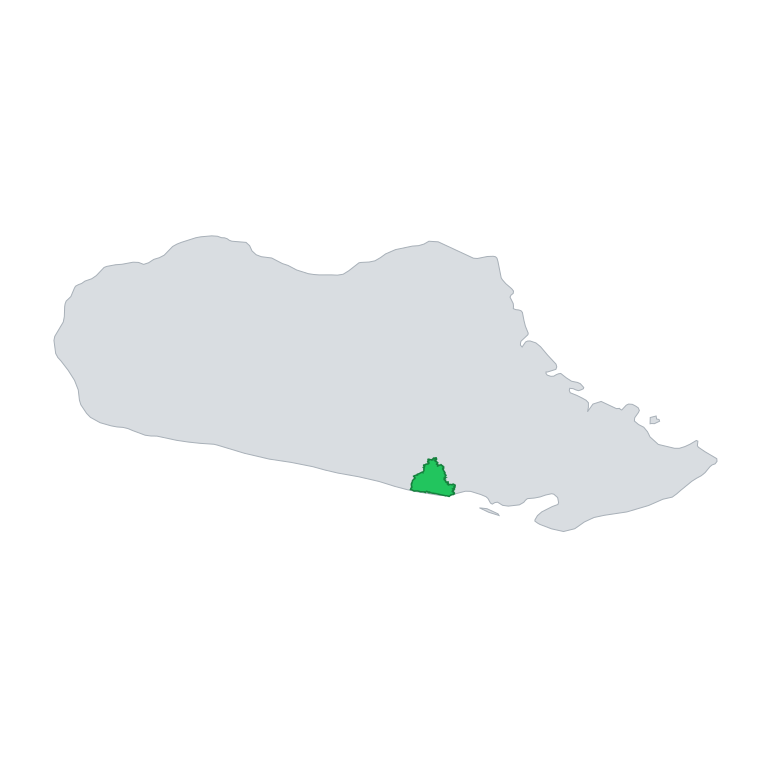 Toamasina II, Atsinanana, Madagascar shown in context, rotated 85°
{"feature_id": "10022922B55539380638871", "entity_name": "Toamasina II", "entity_type": "district", "adm_level": 2, "iso_a3": "MDG", "parent_name": "Madagascar", "parent_adm1": "Atsinanana", "projection": "albers", "projection_center": [49.14, -18.014], "detail": "fine", "context": "in_parent", "style": "filled", "palette": "green", "viewbox_px": 768, "rotation_deg": 85, "n_neighbors": 0, "source": "geoboundaries", "source_scale": "gbopen_adm2", "svg_char_len": 8639}
<svg xmlns="http://www.w3.org/2000/svg" viewBox="0 0 768 768"><g transform="rotate(85 384 384)"><path d="M503.0,75.9L505.2,81.0L507.7,85.8L515.6,97.4L518.9,101.9L521.8,106.7L523.1,116.2L528.1,131.0L532.6,153.2L534.0,176.0L535.3,186.5L538.9,196.4L544.8,206.6L546.6,218.0L542.9,229.7L537.6,240.7L536.2,242.8L533.8,245.6L532.6,245.5L528.5,242.6L525.1,237.9L520.7,226.9L519.2,221.3L517.4,220.4L512.3,220.9L508.6,224.4L507.9,226.5L508.7,232.7L510.1,238.3L510.7,244.0L510.7,251.1L512.1,253.2L514.1,255.1L516.2,259.7L516.5,270.8L515.2,276.4L511.6,281.2L511.8,283.9L513.1,286.6L511.9,288.3L507.1,290.4L505.2,292.2L502.6,297.1L498.5,307.1L497.9,312.2L500.5,327.7L499.7,338.8L494.4,359.8L491.4,369.8L487.1,381.8L480.6,397.6L474.2,417.3L468.7,437.7L464.7,449.9L460.2,462.0L454.0,483.3L448.8,504.9L441.0,528.7L430.4,555.2L429.2,558.7L427.1,572.2L424.8,583.9L422.0,595.6L416.1,614.8L415.5,620.7L414.2,626.4L408.5,638.4L406.1,642.9L404.5,647.7L403.5,653.7L401.9,659.5L397.8,670.2L391.6,679.4L387.4,682.8L378.3,687.8L373.6,688.8L363.2,689.1L353.3,692.0L342.9,697.4L333.0,703.7L329.2,706.6L325.0,708.4L311.8,709.0L307.8,707.8L294.3,698.1L289.1,696.6L279.3,695.4L276.4,694.7L273.7,693.4L269.6,688.3L261.6,684.1L259.7,682.8L258.4,679.8L257.5,676.5L255.4,672.9L253.7,666.0L251.0,661.2L243.5,652.7L242.7,650.0L241.8,640.9L241.9,634.7L240.8,623.3L241.5,617.9L243.9,613.0L242.7,607.9L239.8,602.5L238.6,596.8L236.5,591.7L228.6,582.6L226.6,578.1L225.2,573.4L221.9,558.7L221.4,553.6L221.4,542.7L222.3,537.0L224.1,533.1L224.5,530.1L225.6,527.6L227.4,525.5L228.5,523.1L230.9,509.1L234.5,505.8L239.9,503.9L244.1,500.1L246.5,495.1L248.7,484.9L255.2,474.7L257.5,469.3L262.8,461.1L267.5,449.8L268.8,444.4L269.7,438.9L270.7,427.0L271.5,421.0L271.1,415.1L268.1,409.2L261.1,398.4L260.9,396.3L261.2,388.2L260.5,382.3L257.8,376.5L254.5,371.0L251.1,360.7L249.1,343.7L249.2,337.5L248.1,332.0L245.7,326.8L247.1,317.6L266.5,283.9L267.1,280.0L266.0,269.9L266.3,264.0L267.0,261.8L268.5,260.5L272.0,259.8L288.5,258.0L290.6,256.9L294.6,254.0L300.2,248.5L302.7,246.9L305.0,247.4L306.5,249.7L308.4,250.9L315.0,248.3L317.6,248.2L320.2,248.6L321.4,246.3L322.0,243.3L323.0,241.1L324.7,239.9L333.3,239.0L338.8,238.1L345.9,235.9L347.4,236.3L353.3,243.8L355.0,244.4L357.2,244.7L359.2,243.2L354.5,239.3L353.7,237.1L353.9,234.6L356.3,229.1L360.5,224.8L369.6,218.4L379.2,210.9L382.0,210.4L384.4,211.5L386.3,220.1L386.1,221.5L387.6,221.7L389.4,220.6L390.9,217.1L391.0,214.2L389.7,211.5L389.0,209.1L388.9,207.0L393.8,201.8L397.6,196.9L399.3,191.1L400.8,188.4L404.9,185.3L406.1,185.8L407.0,188.2L407.6,190.8L406.6,193.4L405.1,196.0L404.5,199.4L406.8,200.0L409.0,199.2L412.1,193.0L415.7,187.2L417.8,184.1L420.5,182.0L425.0,182.4L429.4,183.7L422.2,177.6L420.3,169.2L428.8,154.6L428.8,151.5L430.0,150.6L430.6,149.4L426.2,144.5L425.3,142.1L425.9,138.4L428.0,135.1L429.9,132.8L432.6,131.9L434.8,133.2L439.5,137.2L442.7,137.8L446.6,133.9L449.7,129.0L454.5,125.7L459.9,123.6L468.1,116.0L473.4,100.1L473.8,95.4L472.6,89.8L470.7,84.5L467.5,77.8L468.3,76.3L472.9,77.2L474.4,76.3L479.3,70.3L487.4,59.0L490.1,59.0L492.4,61.1L493.2,64.2L494.8,66.5L500.3,71.9L503.0,75.9ZM446.7,120.7L446.8,122.4L440.6,121.7L439.6,115.7L442.6,115.5L443.3,113.1L445.1,112.7L447.1,118.1L446.7,120.7ZM520.9,290.9L515.7,299.7L517.2,292.3L523.3,281.7L525.0,280.9L520.9,290.9Z" fill="#d9dde1" stroke="#a8b0b8" stroke-width="1"/><path d="M496.3,348.6L496.3,347.4L497.0,345.2L497.2,343.8L497.4,343.4L497.7,341.9L499.0,337.9L499.3,337.0L500.4,333.3L500.8,332.4L500.8,332.1L500.7,332.1L500.8,331.2L501.3,330.0L501.4,329.6L501.4,329.4L501.7,329.0L501.5,328.4L501.5,328.1L501.7,327.9L501.6,328.0L501.2,328.0L500.8,327.7L500.4,327.1L500.4,326.7L500.2,326.6L500.1,325.4L500.2,324.6L499.9,324.3L499.7,324.3L499.6,323.5L498.9,323.6L498.8,323.4L498.7,323.4L498.6,323.6L498.5,324.1L498.4,324.2L498.0,324.2L497.9,324.1L497.8,324.3L497.5,324.3L497.3,324.9L497.3,325.1L497.2,325.3L496.9,325.4L496.8,325.1L496.7,325.1L496.4,324.9L496.5,324.9L496.6,324.7L496.2,324.7L496.1,324.3L495.9,324.4L496.0,323.9L495.9,323.8L495.3,323.6L495.2,323.7L495.1,323.8L494.9,323.6L494.7,323.8L494.8,323.4L494.8,323.1L494.5,323.1L494.4,323.3L494.2,323.3L494.3,323.0L494.2,323.0L493.7,323.4L493.6,323.2L493.4,323.1L493.4,322.8L493.0,322.7L492.8,322.2L492.7,322.2L492.7,322.5L492.4,322.9L492.3,322.6L492.0,322.4L491.9,322.2L491.0,321.9L490.5,322.8L490.3,323.0L490.3,323.3L490.1,323.2L489.9,323.3L489.8,323.6L489.8,323.9L489.9,324.5L490.2,324.6L490.3,324.9L490.3,325.2L489.9,326.2L489.8,327.2L490.1,327.9L490.2,328.3L490.2,328.6L489.8,328.6L489.7,328.5L489.4,328.5L489.4,329.0L489.4,329.3L489.3,329.5L489.1,329.6L488.7,329.2L488.7,328.8L488.5,328.7L488.3,328.7L488.1,328.9L487.6,328.7L487.2,328.6L487.1,328.8L487.2,329.0L487.1,330.1L487.4,330.2L487.5,330.3L487.3,330.8L487.2,330.8L486.7,330.8L486.6,331.0L486.4,331.0L486.2,331.1L485.9,331.1L485.6,331.1L485.6,331.3L485.6,331.6L485.4,331.7L485.1,331.5L485.0,331.4L484.8,332.0L484.6,332.2L484.5,332.4L484.4,332.4L484.2,332.2L484.0,332.3L483.8,332.2L483.9,331.9L483.6,331.9L483.4,332.2L483.1,332.3L483.1,332.1L483.3,331.9L483.3,331.6L483.3,331.3L483.2,331.2L482.8,331.1L482.7,330.8L482.5,331.3L481.8,331.2L481.6,331.7L481.6,331.3L480.9,331.0L480.9,330.7L480.9,330.4L480.7,330.2L480.4,330.2L480.2,330.5L479.9,330.5L479.7,330.7L479.6,330.8L479.3,331.1L478.7,331.1L478.5,331.3L478.5,331.5L478.4,331.5L478.2,331.3L478.0,331.5L477.7,331.0L477.1,331.3L476.7,331.4L476.3,331.5L475.9,332.1L475.7,332.1L475.2,332.3L474.7,332.3L474.7,332.5L474.2,332.9L474.0,333.0L473.8,332.9L473.3,332.9L473.3,332.7L473.5,332.5L473.5,332.4L472.7,332.2L472.8,332.0L472.4,332.0L472.2,331.8L472.0,331.7L471.8,332.1L471.9,332.4L471.6,332.5L471.4,332.3L471.2,332.3L470.8,332.6L470.9,332.9L470.3,333.3L470.2,333.7L469.9,333.9L469.7,333.9L469.7,334.1L469.4,334.3L469.6,334.5L469.6,334.9L469.7,335.4L469.6,335.6L469.9,336.4L470.0,336.8L470.1,337.0L470.3,337.2L470.3,337.5L470.4,337.8L470.2,337.8L470.1,337.6L469.3,337.4L469.1,337.6L468.9,337.5L468.7,338.2L468.6,338.4L468.5,338.7L468.4,338.7L468.2,338.5L468.2,338.3L468.1,338.1L467.7,338.1L467.5,337.9L467.3,337.4L467.2,337.3L466.9,337.6L466.7,337.9L466.2,338.1L466.0,338.3L465.8,339.0L465.5,338.7L465.2,338.9L465.2,339.3L465.1,339.6L465.0,339.8L464.8,340.0L464.7,340.0L464.6,339.8L464.3,339.8L464.1,339.6L464.0,338.9L463.9,338.7L463.6,338.2L463.1,338.3L462.7,338.2L462.4,338.4L462.2,338.4L462.2,338.5L462.1,338.8L462.4,339.0L462.2,339.2L462.2,339.4L462.4,339.4L462.4,339.5L462.5,339.6L462.5,340.1L462.7,340.3L462.8,340.5L462.7,340.7L462.5,340.8L462.1,340.9L462.2,341.2L462.3,341.3L462.6,341.3L462.7,341.6L463.0,341.8L463.1,342.2L463.3,342.2L463.6,342.5L463.7,342.4L463.7,342.7L463.9,342.7L464.0,342.9L464.0,343.0L463.8,343.1L463.6,343.5L463.4,344.2L463.4,344.5L463.4,344.9L463.0,345.3L463.1,345.5L463.3,345.6L463.1,345.7L463.1,346.2L462.8,346.3L462.7,346.4L462.7,346.5L462.9,346.6L463.1,346.7L463.4,346.9L463.5,346.9L463.8,346.6L464.0,346.7L464.4,346.6L464.8,347.0L465.0,347.1L465.1,347.3L465.4,347.3L465.7,346.8L465.7,346.5L465.9,346.2L466.5,346.4L466.7,346.2L467.0,346.2L467.2,346.6L467.1,347.1L467.5,347.2L467.5,347.5L467.7,348.2L467.4,348.7L467.5,349.1L467.6,349.4L467.8,349.5L468.1,350.0L468.3,350.5L468.0,351.1L468.3,351.4L468.4,351.6L468.6,351.6L468.7,351.3L468.9,351.0L469.2,350.9L469.2,350.7L469.3,350.7L470.3,351.0L470.2,351.7L470.5,352.1L470.7,351.9L471.2,351.8L471.3,351.7L471.6,351.6L471.8,351.4L472.0,351.4L472.6,351.8L472.8,351.7L473.0,351.7L473.4,351.6L474.2,352.0L474.3,352.2L474.8,352.7L474.9,352.9L475.2,353.0L475.7,353.0L475.5,353.5L475.3,353.7L475.2,354.1L475.9,355.6L476.0,356.0L476.4,356.7L476.6,357.6L476.6,358.0L477.0,358.4L477.0,358.5L476.9,358.8L477.1,359.0L477.6,358.8L477.6,359.4L477.7,359.8L477.7,360.1L477.8,360.7L477.8,360.9L478.0,361.3L478.1,361.8L478.3,362.1L478.4,362.6L478.5,362.6L478.7,362.4L479.0,362.2L479.2,361.8L479.7,361.8L480.1,361.3L480.7,361.6L480.9,361.5L481.1,361.7L481.0,362.1L481.3,362.5L482.2,363.5L482.9,364.1L483.9,364.3L484.4,364.6L484.9,364.7L485.0,365.0L485.4,365.1L485.6,365.0L485.8,365.1L486.0,365.5L486.4,365.4L486.7,365.5L486.9,365.6L487.0,365.6L487.2,365.4L487.4,365.5L487.7,365.4L488.2,365.5L488.3,365.4L488.6,365.4L488.8,365.2L489.0,365.3L489.2,365.2L489.5,365.3L489.6,365.6L490.0,365.8L490.1,366.2L490.4,366.3L491.4,366.8L491.9,365.4L492.9,363.9L493.2,363.4L493.3,362.9L493.3,361.5L493.5,359.8L493.7,359.2L494.0,358.3L494.4,357.4L494.6,356.6L494.6,355.7L494.8,354.5L494.9,353.9L495.3,353.0L495.0,353.0L495.1,352.7L495.6,352.0L495.2,351.6L494.6,351.1L494.8,350.5L495.0,350.3L494.9,350.2L495.1,349.9L495.3,349.6L495.5,349.7L495.6,349.3L495.6,348.0L495.8,348.0L495.9,348.6L496.3,348.6Z" fill="#22c55e" stroke="#15803d" stroke-width="1.5"/></g></svg>